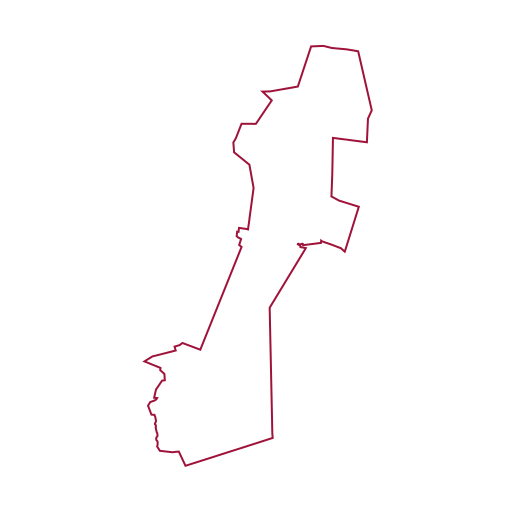 Huépac, Sonora, Mexico (Albers equal-area conic projection), rotated 276°
{"feature_id": "50627088B93496185118848", "entity_name": "Huépac", "entity_type": "district", "adm_level": 2, "iso_a3": "MEX", "parent_name": "Mexico", "parent_adm1": "Sonora", "projection": "albers", "projection_center": [-110.289, 29.939], "detail": "fine", "context": "isolated", "style": "outline", "palette": "rose", "viewbox_px": 512, "rotation_deg": 276, "n_neighbors": 0, "source": "geoboundaries", "source_scale": "gbopen_adm2", "svg_char_len": 2350}
<svg xmlns="http://www.w3.org/2000/svg" viewBox="0 0 512 512"><g transform="rotate(276 256 256)"><path d="M81.0,290.8L91.4,289.5L93.9,289.2L206.0,275.0L267.7,304.1L269.1,304.7L269.5,299.3L270.4,299.1L270.8,298.7L271.1,298.4L271.4,298.0L271.6,297.3L271.9,296.7L272.0,296.4L272.5,296.5L272.6,297.0L272.2,297.8L272.2,298.3L272.3,299.1L272.5,299.6L272.8,300.2L273.0,300.7L273.1,301.0L272.9,301.3L271.7,301.7L275.8,319.2L278.0,319.2L277.7,319.6L277.7,319.8L277.5,320.2L277.4,320.6L277.3,320.9L277.2,321.3L277.1,322.0L277.0,322.4L276.8,322.9L276.7,323.4L276.6,323.8L276.5,324.3L276.4,324.8L276.2,325.9L276.0,326.4L276.0,326.6L275.9,326.9L275.7,327.6L275.6,328.2L275.5,328.6L275.2,330.0L274.9,331.0L274.5,332.6L274.2,333.8L273.2,337.3L272.7,339.5L271.7,340.9L269.6,343.8L271.2,344.2L271.4,344.2L271.5,344.2L271.8,344.3L315.7,353.1L319.4,334.7L319.7,333.0L323.1,324.8L345.5,323.3L381.5,320.2L380.7,354.4L404.3,353.0L413.0,355.9L470.3,336.2L471.0,324.6L470.8,309.6L472.0,301.1L471.9,300.6L470.2,288.9L428.9,279.9L421.2,252.9L420.2,245.3L412.4,255.4L388.4,242.6L387.4,242.0L386.0,227.8L370.8,223.6L366.6,221.6L356.8,223.4L346.1,239.9L323.4,246.5L296.1,245.7L295.6,245.7L293.8,245.6L290.7,245.6L289.1,245.5L287.8,245.5L285.7,245.4L283.9,245.3L282.0,245.3L281.6,245.3L281.9,243.3L282.0,241.3L282.0,240.5L282.1,238.1L282.2,236.2L280.8,236.1L279.4,236.1L278.2,236.1L278.2,234.7L274.7,234.7L273.7,234.7L272.6,236.3L271.4,239.4L269.4,239.0L265.2,238.1L263.5,240.7L157.0,210.4L161.8,191.9L159.4,189.4L157.4,184.5L153.6,186.0L145.3,163.5L141.3,158.3L139.5,156.1L134.7,172.7L132.4,172.7L129.2,177.2L122.9,178.3L122.2,175.6L112.7,170.5L104.4,169.5L104.4,172.5L103.1,171.9L101.9,170.6L99.6,166.0L95.8,164.3L87.3,168.6L87.4,171.6L86.7,171.9L85.7,172.5L85.3,172.7L84.6,172.9L84.0,173.1L83.3,173.2L83.0,173.3L82.6,173.5L82.4,173.6L82.1,173.7L81.6,173.8L81.1,173.7L80.2,173.6L79.5,173.3L78.8,173.0L78.1,173.1L77.7,173.7L77.1,174.0L76.4,174.3L75.6,174.3L75.0,174.1L72.3,175.0L70.3,175.7L69.5,176.3L68.3,176.6L67.3,176.8L66.6,176.7L66.1,176.7L65.8,176.4L65.3,176.0L64.6,175.8L64.0,175.8L63.3,175.9L62.8,176.1L62.4,176.3L62.2,176.5L61.8,177.0L61.5,177.3L61.0,177.5L60.4,177.7L59.6,177.7L59.1,177.7L58.5,177.9L56.2,177.6L52.2,180.8L52.1,193.5L52.9,196.9L53.3,199.2L53.4,199.7L40.0,207.8L68.5,272.8L76.8,291.6L81.0,290.8Z" fill="none" stroke="#9f1239" stroke-width="2"/></g></svg>